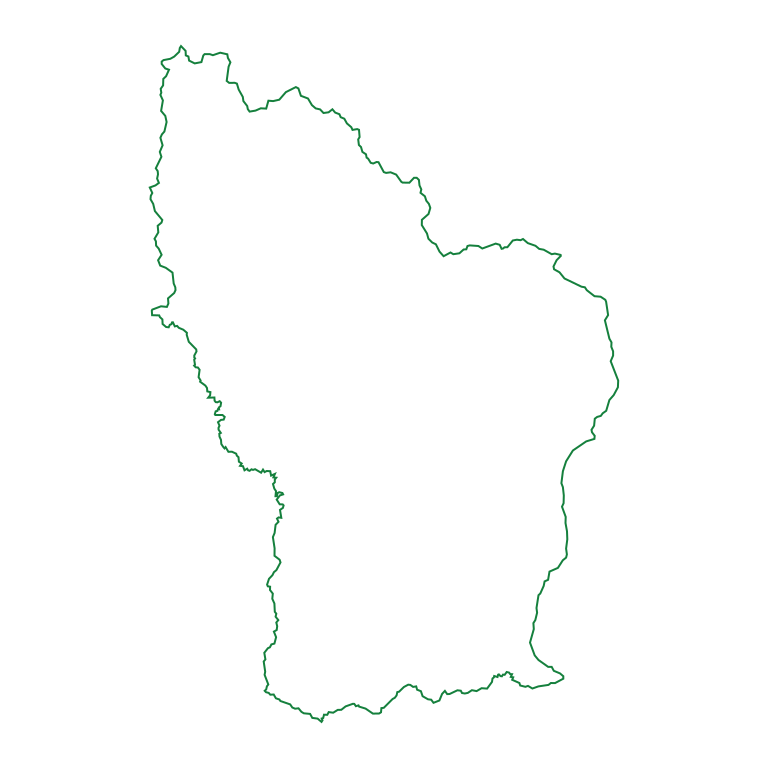 Pang Mapha, Mae Hong Son, Thailand
{"feature_id": "78962969B96104759744449", "entity_name": "Pang Mapha", "entity_type": "district", "adm_level": 2, "iso_a3": "THA", "parent_name": "Thailand", "parent_adm1": "Mae Hong Son", "projection": "robinson", "projection_center": [98.144, 19.592], "detail": "fine", "context": "isolated", "style": "outline", "palette": "green", "viewbox_px": 768, "rotation_deg": 0, "n_neighbors": 0, "source": "geoboundaries", "source_scale": "gbopen_adm2", "svg_char_len": 6084}
<svg xmlns="http://www.w3.org/2000/svg" viewBox="0 0 768 768"><path d="M321.5,721.9L322.5,720.4L321.7,718.5L323.2,718.0L324.0,714.7L327.3,714.8L328.7,712.1L333.2,712.7L337.7,709.9L341.3,709.8L345.6,706.4L352.9,703.8L354.3,703.9L355.9,706.2L358.5,705.4L359.1,706.6L365.6,708.6L372.9,713.6L379.1,713.5L381.0,712.3L381.4,708.1L383.8,707.8L392.6,699.0L394.8,697.8L396.6,695.4L397.3,692.1L399.1,691.7L403.9,687.0L408.2,684.7L410.3,684.9L413.1,686.9L416.2,686.4L417.1,689.7L420.9,691.2L422.6,696.2L428.0,699.3L431.2,699.7L433.5,702.8L439.4,700.5L442.1,693.9L444.9,690.9L447.2,694.1L449.6,694.0L457.4,690.3L460.8,690.7L462.0,693.0L464.8,693.5L467.8,692.9L471.9,690.2L476.6,691.1L481.6,688.2L487.1,688.6L492.0,681.9L492.5,678.5L493.9,677.4L494.2,676.0L497.5,677.0L498.1,674.7L498.9,674.4L500.5,676.1L501.9,676.3L503.0,674.6L504.7,674.8L506.7,672.0L509.1,672.6L510.2,674.1L512.0,674.2L510.8,676.9L513.2,677.3L512.2,679.8L519.4,683.0L520.2,685.5L525.4,686.8L528.0,685.9L532.4,688.5L538.4,686.4L548.5,684.9L550.9,683.0L555.0,683.1L563.3,678.7L563.3,676.2L560.0,673.4L553.8,670.8L551.7,666.9L548.2,666.9L538.5,660.0L534.7,655.4L530.0,642.6L533.8,629.1L533.4,623.1L535.3,620.1L537.1,612.7L536.5,608.0L538.5,595.2L540.3,593.5L543.7,585.9L544.6,581.4L548.1,579.8L549.5,571.6L557.9,567.9L562.8,560.3L566.1,557.6L566.9,554.4L566.1,548.6L567.3,539.3L567.0,531.3L565.5,523.0L565.7,516.9L562.0,506.7L563.6,503.2L563.8,495.4L562.9,487.2L561.4,483.2L562.9,471.2L566.1,461.3L572.9,450.5L586.2,441.4L594.4,438.9L594.7,435.8L592.0,432.3L591.5,429.8L594.1,425.7L594.8,418.7L597.2,416.9L600.8,415.9L602.7,413.3L606.2,410.8L609.4,400.0L613.7,395.1L617.9,387.3L618.2,380.6L610.7,361.2L613.1,355.6L613.1,351.3L611.3,346.8L611.5,342.4L609.4,338.7L604.9,320.3L608.1,315.1L606.1,301.7L605.3,299.8L600.6,296.7L594.5,296.2L586.8,290.2L584.9,287.3L581.5,286.7L564.5,278.5L559.5,272.3L554.1,269.3L553.5,266.5L556.6,260.2L560.8,255.9L560.6,254.9L554.9,253.6L551.7,254.2L543.7,249.7L539.2,248.9L535.5,245.8L527.8,243.1L523.0,239.0L520.6,240.2L516.9,239.7L512.8,240.5L507.4,247.2L504.5,247.3L503.1,248.5L501.6,248.8L499.7,244.8L495.7,243.6L482.3,248.5L478.4,246.0L469.8,245.4L467.5,246.0L466.3,249.3L463.6,249.5L459.4,253.3L453.3,254.2L450.5,252.5L443.6,256.2L439.5,251.6L435.9,244.3L432.2,242.5L428.4,238.7L427.0,233.5L421.8,225.1L421.9,219.8L428.5,214.0L430.3,207.9L428.9,203.9L426.3,200.7L424.9,196.3L420.5,192.8L421.3,189.4L419.5,185.4L418.9,179.9L416.7,177.8L414.0,177.8L409.4,182.7L402.6,182.6L401.3,181.8L396.2,174.6L390.6,172.3L386.1,172.9L383.8,172.1L378.5,162.2L376.6,162.0L373.2,163.5L370.7,162.8L368.1,158.6L366.6,157.6L366.0,154.3L362.4,151.9L361.0,147.0L358.9,145.0L358.2,139.4L359.6,137.1L359.0,129.8L357.2,129.1L352.5,129.9L351.3,127.2L346.9,123.4L344.3,118.7L340.7,117.2L339.4,114.2L335.2,112.6L332.4,109.3L328.6,112.3L323.5,113.0L320.1,109.4L315.7,108.4L311.9,105.1L308.0,98.5L300.9,95.8L298.4,88.4L295.8,87.1L285.9,92.1L279.3,99.7L273.1,101.1L268.4,100.7L266.2,108.6L260.8,108.3L255.5,110.6L249.6,111.6L247.8,109.1L247.2,106.0L243.4,101.1L242.8,96.9L238.7,89.6L236.9,83.6L234.7,82.8L229.2,82.9L226.7,80.9L228.6,66.7L230.4,62.3L227.9,57.9L227.3,54.3L220.2,52.7L212.9,55.2L209.7,54.1L204.6,54.1L203.3,55.5L201.4,62.1L194.7,63.4L189.1,60.6L188.4,56.5L185.8,55.4L185.6,50.9L181.0,46.1L179.8,48.0L179.2,51.8L174.2,56.6L170.3,58.8L163.5,60.1L161.7,61.6L161.7,64.0L165.3,68.5L169.0,69.7L166.1,76.2L163.3,78.9L163.1,85.4L160.7,88.8L161.3,92.7L160.4,94.9L162.9,100.4L161.1,110.9L165.3,115.9L166.6,122.0L164.4,131.5L161.9,134.4L160.4,137.8L162.6,145.3L159.8,151.9L161.4,156.8L155.8,168.3L157.7,171.1L158.0,174.3L157.1,178.6L158.9,182.9L155.5,185.4L149.8,187.5L152.3,193.0L150.8,195.8L150.5,199.2L153.2,203.9L154.9,211.1L162.3,220.0L161.5,222.6L157.7,225.8L158.3,232.4L154.5,238.8L155.9,241.3L156.1,245.6L158.7,248.6L161.6,254.8L158.1,260.2L160.2,265.6L165.8,267.8L172.5,272.6L173.7,283.5L175.3,287.3L175.5,290.1L174.2,293.0L168.0,298.4L168.4,303.5L166.9,306.9L161.0,306.3L152.3,309.6L151.8,310.6L152.1,315.2L159.2,315.4L159.9,317.1L162.4,319.4L162.6,324.0L166.1,327.0L168.7,327.3L169.8,324.8L171.4,324.2L172.0,322.4L172.9,322.3L174.8,326.4L177.1,325.9L178.8,327.8L183.3,329.7L186.9,332.8L186.7,334.8L188.8,341.8L196.2,349.4L196.5,351.4L194.3,355.5L194.3,357.5L195.1,358.4L194.2,359.7L195.0,364.8L194.1,365.6L195.7,367.3L197.9,367.5L199.6,369.8L198.6,377.2L200.6,380.5L200.1,381.7L205.4,385.6L207.0,388.0L207.3,391.4L210.4,392.1L210.1,395.3L208.2,397.7L214.4,397.5L214.6,400.7L215.7,402.1L217.4,402.3L219.7,401.2L221.1,402.7L220.5,406.2L218.8,407.5L219.1,409.3L217.9,409.2L217.4,410.9L215.7,411.3L214.8,414.2L215.3,415.0L222.5,415.0L224.7,416.9L223.7,419.6L221.0,419.9L218.0,422.2L219.5,425.7L218.5,427.9L218.6,429.7L220.8,432.9L219.3,433.7L219.5,436.6L221.0,439.9L221.3,444.0L223.2,446.9L224.5,448.4L225.6,447.1L228.4,451.8L231.9,451.7L236.2,453.7L236.8,455.6L238.5,457.2L238.9,461.7L241.7,463.5L240.1,465.8L243.0,466.2L244.5,470.3L247.2,468.7L248.1,470.3L249.6,470.8L251.5,469.3L253.0,469.9L255.1,469.2L261.1,472.7L263.0,469.6L264.6,472.1L266.7,471.0L270.2,471.2L271.1,475.6L274.9,473.9L273.4,477.4L276.2,477.7L274.8,479.5L274.8,482.3L273.0,484.0L274.3,488.6L276.0,491.1L275.5,496.2L276.8,496.2L277.6,493.0L279.2,492.2L282.4,493.0L283.1,494.4L279.9,495.4L276.7,499.6L279.7,504.3L282.7,504.4L283.6,505.4L282.9,507.9L280.0,509.9L281.3,517.8L278.6,517.4L277.0,518.6L278.5,521.8L275.6,524.8L274.6,533.0L272.9,537.1L274.6,548.3L274.5,555.8L279.6,559.7L280.5,562.4L276.4,570.1L273.9,572.2L272.5,575.1L269.0,578.8L267.1,584.6L267.8,586.3L270.1,586.7L270.0,590.0L272.8,593.6L272.3,598.8L274.4,603.5L274.8,611.8L276.3,613.7L275.6,616.7L278.3,620.1L276.3,622.5L277.2,626.2L276.7,630.0L273.9,631.6L276.1,637.2L274.4,643.6L271.4,644.4L269.9,647.3L267.9,648.2L264.3,652.8L265.4,659.4L263.7,661.5L265.2,671.7L264.6,674.8L268.3,684.5L266.9,686.3L266.2,689.4L264.7,690.8L266.0,692.2L268.7,692.9L270.3,694.7L273.7,694.5L275.9,698.3L279.4,699.5L280.4,701.0L290.2,704.4L292.3,707.5L295.1,708.7L298.5,708.3L301.4,711.8L303.8,713.3L310.1,713.9L312.3,717.9L317.6,718.6L321.5,721.9Z" fill="none" stroke="#15803d" stroke-width="2"/></svg>